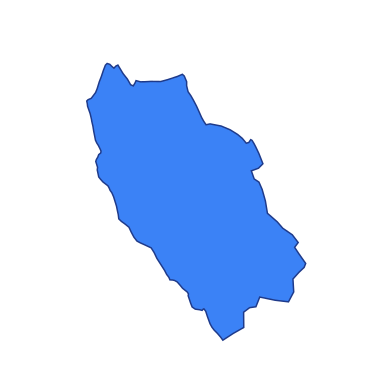 the district of Vallentuna, Stockholm, Sweden, rotated 70°
{"feature_id": "70781695B12821480851485", "entity_name": "Vallentuna", "entity_type": "district", "adm_level": 2, "iso_a3": "SWE", "parent_name": "Sweden", "parent_adm1": "Stockholm", "projection": "equal_earth", "projection_center": [18.204, 59.607], "detail": "fine", "context": "isolated", "style": "filled", "palette": "blue", "viewbox_px": 384, "rotation_deg": 70, "n_neighbors": 0, "source": "geoboundaries", "source_scale": "gbopen_adm2", "svg_char_len": 2003}
<svg xmlns="http://www.w3.org/2000/svg" viewBox="0 0 384 384"><g transform="rotate(70 192 192)"><path d="M189.7,115.7L178.6,116.0L171.3,116.7L167.6,117.2L164.1,117.9L162.9,118.9L164.9,121.7L164.7,124.3L158.8,126.4L153.6,129.4L146.7,134.8L140.0,142.0L134.2,151.7L133.6,155.8L129.5,156.8L125.2,157.5L119.3,157.9L112.7,158.4L106.0,159.3L101.3,160.1L96.4,161.4L90.3,160.7L86.5,159.3L80.4,159.6L78.1,160.8L78.4,165.9L78.1,176.4L77.5,183.6L74.0,192.9L72.2,198.8L70.8,202.8L68.2,206.5L69.9,208.1L72.2,210.9L70.2,213.0L63.8,214.1L57.1,216.3L47.4,218.2L47.6,220.4L48.9,223.0L46.7,224.3L43.9,225.6L42.2,227.8L43.2,230.0L47.3,233.6L52.6,237.8L56.7,241.4L62.5,245.8L65.6,248.6L69.5,254.6L69.7,258.1L70.3,259.4L70.5,259.8L73.3,260.2L75.7,260.8L83.5,260.9L89.3,261.6L91.3,262.0L96.3,262.6L101.4,263.6L106.6,264.4L110.3,265.0L113.5,264.7L116.2,264.1L119.6,263.7L122.4,263.5L124.1,264.4L125.0,266.9L127.0,268.6L128.7,270.7L130.4,272.0L136.5,272.3L138.9,273.5L143.2,274.1L145.9,274.5L146.0,274.5L149.0,273.5L152.2,272.2L154.4,270.8L157.4,268.9L159.8,268.5L162.4,268.4L165.2,267.6L169.7,267.3L179.5,267.8L184.2,268.5L187.9,269.0L192.2,270.0L195.5,268.4L198.7,266.2L203.5,263.3L209.1,262.8L214.7,262.0L219.3,260.5L222.3,257.8L224.7,255.3L228.3,251.7L230.5,249.5L235.9,248.3L242.4,247.7L247.2,246.6L256.2,244.6L260.8,244.0L264.4,242.9L267.0,242.8L268.1,240.3L269.2,238.6L271.4,236.7L275.7,235.0L279.2,233.8L281.7,232.3L284.3,230.7L286.5,230.2L288.2,231.1L296.3,231.3L300.1,231.2L303.2,229.0L305.3,225.0L306.7,223.0L305.8,221.3L306.0,220.7L308.8,219.9L314.2,220.1L322.0,220.1L325.9,219.5L329.4,218.4L333.5,216.5L338.0,214.8L341.8,213.7L339.0,201.6L337.0,189.7L322.6,184.6L320.4,177.4L321.7,171.2L313.9,164.3L322.2,150.8L328.2,138.9L320.7,130.6L308.3,126.9L304.1,119.1L301.2,112.4L298.0,109.6L286.2,112.8L279.1,114.5L275.8,109.5L266.5,112.4L257.1,119.1L249.2,122.1L237.8,128.4L225.5,126.1L213.6,125.2L205.6,125.7L201.0,129.1L192.4,129.0L192.4,121.4L189.7,115.7Z" fill="#3b82f6" stroke="#1e3a8a" stroke-width="1.5"/></g></svg>